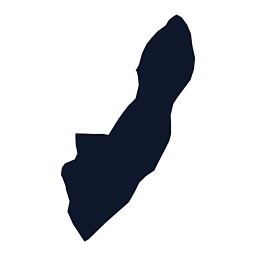 outline of Ifedayo, Osun, Nigeria
{"feature_id": "59680162B7861486631755", "entity_name": "Ifedayo", "entity_type": "district", "adm_level": 2, "iso_a3": "NGA", "parent_name": "Nigeria", "parent_adm1": "Osun", "projection": "equal_earth", "projection_center": [4.991, 7.987], "detail": "fine", "context": "isolated", "style": "filled", "palette": "ink", "viewbox_px": 256, "rotation_deg": 0, "n_neighbors": 0, "source": "geoboundaries", "source_scale": "gbopen_adm2", "svg_char_len": 1053}
<svg xmlns="http://www.w3.org/2000/svg" viewBox="0 0 256 256"><path d="M85.5,240.2L88.2,238.6L105.4,221.9L112.5,215.6L116.3,212.3L128.3,201.7L134.3,191.1L137.9,183.7L138.8,182.0L145.5,175.5L153.8,169.9L157.5,162.3L164.6,148.6L168.4,141.1L168.9,139.4L170.3,134.0L170.3,123.9L169.9,114.8L170.0,114.5L171.3,109.1L172.3,104.8L172.5,103.7L175.1,99.6L176.7,97.2L189.8,79.5L193.2,69.4L194.3,58.3L191.6,45.4L190.2,34.0L186.4,25.0L181.2,17.9L176.7,15.4L174.0,16.9L169.5,20.4L166.2,26.0L159.1,31.1L157.9,32.0L157.5,32.5L152.3,38.1L147.4,44.1L142.9,53.2L139.5,65.4L136.6,70.4L137.5,71.2L138.0,73.7L138.6,76.0L138.9,78.7L139.5,85.5L136.2,98.9L129.6,105.4L128.6,106.4L126.9,108.7L122.9,113.9L118.5,120.2L115.9,124.4L109.7,134.3L108.9,135.8L103.2,134.7L101.0,134.7L98.2,134.7L94.8,134.7L93.0,134.7L87.9,134.5L84.5,134.3L79.8,134.3L76.2,134.1L76.2,138.0L76.5,144.9L78.2,153.6L75.3,159.9L65.4,164.1L62.6,167.9L61.7,174.9L62.9,176.9L66.2,185.6L66.8,189.6L70.4,201.4L68.2,211.4L73.6,223.7L84.7,240.6L85.5,240.2Z" fill="#0f172a" stroke="#020617" stroke-width="1.5"/></svg>